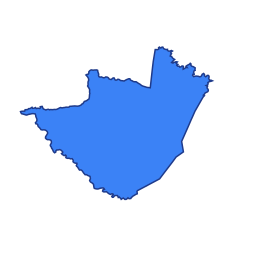 the district of São Félix do Coribe, Bahia, Brazil, rotated 250°
{"feature_id": "56859067B73980030167744", "entity_name": "São Félix do Coribe", "entity_type": "district", "adm_level": 2, "iso_a3": "BRA", "parent_name": "Brazil", "parent_adm1": "Bahia", "projection": "robinson", "projection_center": [-43.973, -13.552], "detail": "fine", "context": "isolated", "style": "filled", "palette": "blue", "viewbox_px": 256, "rotation_deg": 250, "n_neighbors": 0, "source": "geoboundaries", "source_scale": "gbopen_adm2", "svg_char_len": 5069}
<svg xmlns="http://www.w3.org/2000/svg" viewBox="0 0 256 256"><g transform="rotate(250 128 128)"><path d="M192.4,180.4L182.1,174.6L177.0,172.0L158.2,162.7L159.7,159.7L160.8,158.3L162.3,156.3L163.3,155.3L164.7,154.5L165.8,153.6L166.9,152.7L167.8,152.1L168.7,151.4L169.2,150.0L169.9,148.8L170.7,148.3L171.5,147.4L172.3,146.7L173.6,146.6L174.0,145.6L174.0,143.8L173.9,142.6L173.5,140.4L174.3,139.0L175.1,137.3L176.6,136.3L177.3,135.2L177.0,134.2L177.0,133.2L177.5,132.4L178.7,132.2L179.9,132.0L180.1,130.9L179.7,129.8L179.3,128.8L179.8,127.9L180.8,126.9L181.8,126.8L182.9,125.9L183.6,124.6L183.3,123.3L183.5,122.3L184.2,121.4L185.1,120.5L185.4,119.0L186.3,118.2L187.6,118.3L188.6,118.9L189.7,118.9L191.0,118.9L192.6,119.2L193.2,118.6L193.7,117.1L194.1,116.0L194.2,114.9L195.0,113.8L195.2,112.9L194.9,111.6L194.2,110.4L192.9,109.9L192.2,109.1L192.4,107.7L192.2,106.6L191.0,107.1L189.8,107.5L188.4,107.8L186.9,107.6L186.0,107.1L185.1,106.3L184.0,105.8L183.0,105.5L182.1,105.2L181.3,104.4L180.2,104.6L178.9,104.9L177.4,105.1L176.2,104.7L174.8,104.1L173.6,104.0L172.8,103.4L171.5,102.8L169.7,102.0L168.6,101.2L168.3,99.9L167.9,98.7L167.8,97.4L167.9,96.1L167.2,95.1L166.3,94.0L166.3,92.9L165.7,91.9L165.5,90.6L165.5,89.5L165.8,87.9L166.5,86.5L167.0,85.3L167.5,83.5L167.9,81.9L168.3,80.8L167.8,79.5L168.2,78.3L168.8,76.9L168.9,75.6L169.2,74.6L169.3,73.5L169.6,72.6L170.3,71.7L170.3,70.6L170.1,69.3L169.9,67.8L170.1,66.4L170.7,65.0L170.9,63.9L171.2,62.9L171.8,61.7L171.9,60.5L172.7,59.8L173.1,58.4L173.0,57.0L173.9,56.1L174.8,55.0L176.1,54.8L177.6,54.8L177.9,53.8L178.0,52.8L177.0,52.8L176.5,51.8L177.1,50.8L177.6,49.3L177.7,48.4L178.9,48.0L178.7,46.5L179.1,45.1L180.3,44.9L180.0,43.7L179.8,42.4L180.2,41.3L179.7,40.1L179.9,39.1L180.4,37.6L179.2,36.7L179.7,35.1L180.1,33.8L180.2,32.6L178.9,32.6L177.8,32.9L176.8,34.4L175.9,35.6L175.3,36.3L174.8,37.3L174.8,39.2L174.5,41.0L174.3,42.8L173.8,44.1L173.0,45.6L171.4,45.6L170.2,45.3L168.6,45.4L167.7,45.4L166.6,45.2L165.4,44.3L164.6,42.8L163.5,42.8L163.0,43.7L162.1,44.3L160.9,44.1L159.9,44.2L158.7,44.9L157.3,45.4L156.3,45.6L155.5,46.7L155.2,47.9L154.7,49.0L154.2,49.7L153.3,50.4L152.1,50.9L151.3,50.9L150.3,50.5L149.5,49.5L148.8,48.6L148.0,47.6L146.8,47.0L145.5,47.5L144.6,48.3L144.1,49.7L143.4,50.8L142.6,51.4L141.6,51.4L140.1,50.9L139.3,49.9L138.5,49.1L137.6,49.0L136.3,49.4L135.2,49.3L133.9,49.7L132.6,49.8L131.1,49.9L129.8,50.6L130.1,51.9L131.4,52.6L131.7,53.6L131.3,54.7L131.1,56.4L130.3,57.3L129.1,58.0L127.7,58.5L126.9,57.9L126.8,56.8L125.6,57.1L124.8,57.9L123.9,58.5L123.9,60.1L122.7,60.4L121.9,59.5L121.0,59.7L120.2,60.7L119.7,62.3L118.6,63.5L118.3,65.0L117.3,65.3L116.4,65.5L115.1,64.8L113.7,65.6L112.9,66.6L112.4,67.9L111.4,67.7L110.5,66.6L109.7,66.6L108.7,67.2L107.4,67.5L106.3,67.7L105.1,68.0L104.7,69.4L103.9,70.1L103.0,70.4L101.8,70.7L100.9,70.9L99.9,71.3L98.8,71.7L98.3,73.1L97.2,73.9L96.4,74.8L95.5,75.8L94.1,75.5L93.1,75.3L91.9,74.0L90.6,74.1L89.8,74.5L89.0,75.2L87.9,75.9L86.8,76.3L85.4,76.0L83.8,75.7L82.8,75.7L81.9,76.9L81.2,78.2L80.9,79.3L80.9,80.9L80.8,82.0L80.5,83.0L80.2,84.1L79.5,84.7L78.4,84.9L78.5,83.4L77.4,82.5L76.5,83.0L75.8,84.5L75.6,85.9L74.6,86.5L73.3,87.2L72.3,88.0L71.6,88.8L71.7,90.4L71.3,91.2L70.4,91.4L69.8,90.0L69.1,89.3L68.2,89.7L68.0,90.7L68.6,91.6L69.0,92.6L68.6,93.8L68.1,95.0L66.9,95.1L66.0,95.1L66.1,96.2L65.1,96.6L64.3,97.1L63.3,97.2L63.7,98.7L63.7,99.7L62.0,100.6L61.6,101.8L61.8,102.9L62.4,104.1L61.4,104.6L61.0,105.4L60.8,106.6L61.6,107.4L61.9,108.6L62.4,109.6L62.5,110.6L62.8,111.9L63.0,113.1L63.0,114.2L64.1,114.5L65.1,114.6L65.9,115.4L69.4,140.3L73.8,147.1L80.9,158.2L84.3,163.3L86.6,171.9L97.0,173.8L98.0,174.7L108.8,185.1L114.4,190.4L115.9,191.9L120.8,196.6L130.8,208.4L131.7,209.6L132.2,210.8L133.1,210.1L133.7,211.5L134.5,212.4L134.7,213.9L134.8,215.2L135.5,216.2L137.0,216.5L138.2,216.0L139.2,216.2L140.0,217.0L141.2,216.0L141.2,217.5L142.2,218.4L143.4,218.6L143.8,220.5L143.5,221.8L143.5,223.4L144.6,222.3L144.9,221.0L145.8,220.9L147.1,220.8L148.2,221.7L149.3,221.8L150.1,221.3L150.3,220.3L149.8,219.5L149.6,218.5L150.9,217.7L152.2,218.2L153.4,217.7L153.1,216.1L152.0,215.0L151.4,213.9L151.7,212.7L152.4,212.0L152.9,211.0L153.5,209.8L153.7,208.7L153.8,207.3L155.4,206.7L156.3,207.4L155.8,208.5L156.7,208.7L158.0,208.7L159.1,209.6L159.2,210.8L160.2,211.0L161.5,211.7L162.6,210.9L163.5,210.1L164.2,209.1L165.3,208.5L166.6,209.1L167.5,208.6L166.9,207.6L166.8,206.3L166.6,205.0L166.2,203.6L164.6,204.2L165.1,203.0L164.6,201.7L164.4,200.0L165.8,200.5L166.6,201.1L167.4,200.9L167.8,199.9L167.4,198.8L167.5,197.5L168.5,197.3L169.0,195.9L170.1,195.3L170.7,196.6L171.5,195.7L172.5,195.5L173.2,196.9L173.9,195.7L173.7,194.8L174.0,193.8L173.6,192.5L174.6,191.4L175.4,192.8L176.0,194.1L176.5,195.3L177.3,194.6L178.2,194.0L179.3,193.6L180.3,193.5L181.1,192.3L182.1,192.9L182.9,194.3L184.0,193.8L184.7,194.6L185.1,196.1L186.0,195.3L185.9,193.7L186.5,192.3L187.5,191.7L188.4,192.0L188.7,190.7L189.5,189.5L190.6,188.6L192.1,188.4L192.4,187.5L191.9,186.2L193.3,185.2L193.0,184.2L191.8,184.1L191.5,182.7L191.9,181.7L192.4,180.4Z" fill="#3b82f6" stroke="#1e3a8a" stroke-width="1.5"/></g></svg>